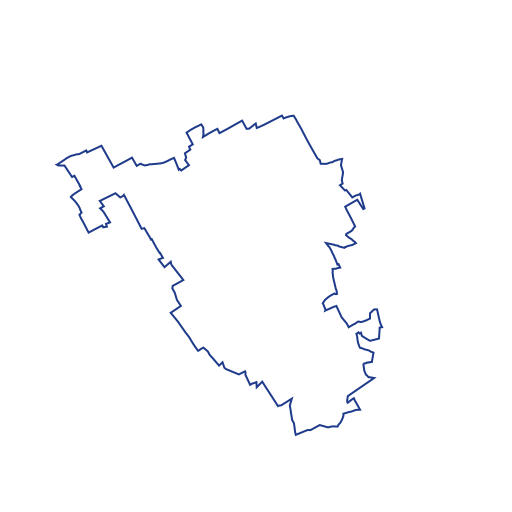 Yaxcabá, Yucatán, Mexico, rotated 146°
{"feature_id": "50627088B72724405563530", "entity_name": "Yaxcabá", "entity_type": "district", "adm_level": 2, "iso_a3": "MEX", "parent_name": "Mexico", "parent_adm1": "Yucatán", "projection": "albers", "projection_center": [-88.743, 20.484], "detail": "fine", "context": "isolated", "style": "outline", "palette": "blue", "viewbox_px": 512, "rotation_deg": 146, "n_neighbors": 0, "source": "geoboundaries", "source_scale": "gbopen_adm2", "svg_char_len": 6062}
<svg xmlns="http://www.w3.org/2000/svg" viewBox="0 0 512 512"><g transform="rotate(146 256 256)"><path d="M134.9,249.4L135.8,249.2L139.4,250.3L140.6,250.5L143.4,250.7L144.2,260.2L145.6,260.6L146.8,267.7L143.7,267.6L142.4,271.0L137.5,276.1L137.3,276.6L136.9,277.0L136.1,279.5L134.8,283.7L132.6,286.1L130.3,288.3L132.7,289.4L134.1,289.9L135.3,290.1L137.5,290.9L140.3,291.1L142.5,292.1L145.6,292.8L147.1,293.7L150.8,296.3L149.5,299.7L150.5,302.7L149.4,317.3L148.8,323.7L147.9,331.7L147.3,336.9L146.7,345.2L146.5,346.6L146.3,351.2L147.4,351.8L148.8,352.5L150.4,353.1L153.8,354.1L156.2,354.6L156.1,356.2L156.0,357.9L176.0,360.3L177.7,360.6L180.3,361.0L183.8,361.7L182.1,366.0L184.5,365.9L186.8,365.7L188.9,365.5L190.4,365.4L192.7,366.7L191.8,376.0L209.0,377.4L217.6,378.3L216.9,383.0L220.0,383.4L226.4,384.0L233.5,384.3L231.1,386.7L230.1,388.7L229.6,389.2L228.6,390.7L227.9,392.3L227.8,395.7L234.6,396.7L239.3,397.1L244.6,397.1L245.3,390.7L246.0,383.9L250.4,384.1L251.0,380.9L257.5,380.9L258.9,376.6L261.1,375.2L260.8,368.8L270.2,368.7L270.5,370.8L271.8,370.7L270.3,377.2L269.1,383.2L275.2,384.2L275.7,384.1L278.1,384.6L280.0,384.9L280.4,385.0L283.3,386.1L284.7,386.9L285.6,387.4L287.6,388.4L288.9,389.2L291.0,390.3L293.0,391.6L294.5,391.9L295.9,392.5L297.6,393.3L298.3,394.3L299.4,395.8L299.7,396.3L300.0,397.0L302.3,397.3L304.5,397.4L303.8,406.9L309.8,407.4L318.9,408.4L324.6,408.9L322.5,433.8L337.9,436.3L338.1,436.3L337.7,438.4L341.7,438.9L345.2,439.3L345.7,439.4L346.3,439.7L347.9,440.6L349.1,441.0L350.8,441.5L352.3,442.1L354.1,442.6L355.6,442.7L357.0,442.9L357.7,442.9L358.1,442.9L358.6,443.0L359.7,442.9L360.3,442.9L366.8,442.9L368.4,442.9L369.6,442.9L370.0,443.0L369.3,441.6L364.2,438.1L364.3,424.3L363.5,424.2L362.5,424.2L361.7,424.1L361.7,423.4L361.8,422.8L361.9,420.9L362.1,419.2L362.2,418.5L362.2,417.3L362.4,415.7L362.4,414.7L362.7,412.3L362.9,412.4L363.2,410.0L363.3,409.0L364.3,409.0L367.0,409.0L368.0,409.1L368.9,409.1L371.5,409.1L374.2,409.0L375.6,408.7L376.5,408.5L376.2,406.7L376.0,405.7L375.7,404.3L375.3,401.3L375.2,399.1L375.2,398.0L375.2,396.5L375.4,394.3L375.7,393.3L376.4,389.5L376.8,389.5L377.1,389.4L379.3,388.9L379.4,388.3L379.8,386.4L380.0,385.0L380.4,380.1L380.9,375.9L381.1,374.0L381.4,371.8L381.4,371.4L381.7,369.0L374.1,368.2L366.4,367.3L366.6,365.2L365.0,364.5L363.2,363.7L362.4,366.5L358.2,365.5L357.7,378.0L357.9,379.4L358.6,382.7L354.4,382.3L354.7,389.0L337.4,386.6L335.8,380.5L332.6,380.1L331.3,380.5L333.1,364.0L335.6,342.5L333.0,341.5L333.6,330.6L333.9,328.4L333.0,328.3L334.0,318.3L334.2,312.3L333.8,312.2L334.2,306.5L338.7,307.6L338.1,297.9L329.9,298.9L330.7,297.1L330.9,296.2L331.0,295.5L330.9,294.5L330.6,290.1L330.4,287.0L329.9,280.5L329.7,276.7L341.8,277.8L343.5,275.9L343.9,270.9L346.1,263.9L346.2,256.6L358.5,256.6L358.1,252.9L357.7,248.4L357.4,244.8L357.4,243.2L357.2,232.2L356.8,226.3L357.0,222.6L357.2,218.0L357.2,213.9L357.0,209.8L355.5,209.6L354.1,209.8L350.8,209.4L349.3,203.9L349.7,199.8L349.0,195.3L347.9,185.8L343.2,186.6L344.7,181.0L344.1,179.0L336.4,167.4L329.5,166.5L329.6,166.0L329.9,165.2L330.5,164.3L331.2,163.5L332.9,152.5L331.1,152.5L330.9,152.5L330.7,152.3L329.9,152.1L328.0,151.6L326.2,151.2L327.0,149.9L327.5,149.0L328.8,146.8L321.1,148.3L321.2,144.9L321.4,134.4L321.7,119.2L320.8,119.2L319.3,118.4L318.6,118.1L306.1,117.7L311.6,113.1L312.7,110.5L314.7,106.4L316.6,102.2L317.7,100.0L318.0,96.3L319.9,92.3L321.8,88.7L322.3,87.4L323.0,85.5L310.6,82.9L308.2,81.2L297.7,80.2L292.1,73.6L288.9,72.5L287.6,71.8L283.8,69.0L282.8,69.4L282.2,69.9L279.1,70.7L275.8,72.5L274.1,73.7L273.5,74.2L273.0,74.5L271.7,76.4L269.6,75.7L267.2,75.0L264.2,73.8L262.0,73.2L260.3,72.8L259.5,72.6L259.2,72.5L255.7,70.4L255.3,75.2L255.3,75.6L255.0,78.5L254.9,80.9L254.5,82.5L254.4,83.4L256.8,83.4L258.5,83.3L261.6,83.1L262.0,83.0L262.1,83.4L261.5,84.9L258.2,88.5L226.3,88.8L229.6,92.0L230.1,92.2L230.4,92.5L230.5,92.6L230.5,93.1L230.7,94.1L230.8,94.9L231.2,96.1L230.9,97.4L230.8,98.2L230.7,98.7L230.7,98.8L230.6,99.2L230.6,99.3L230.2,100.8L229.9,101.3L229.5,101.9L229.3,102.5L228.9,103.3L228.8,103.7L228.2,104.6L228.1,105.0L227.8,105.7L227.5,106.1L227.2,106.8L227.2,106.6L226.8,106.5L225.9,106.2L225.7,106.0L224.7,105.6L224.0,105.5L223.8,105.6L223.5,105.6L222.9,105.1L222.3,105.0L222.1,104.9L222.0,104.7L221.8,104.5L221.0,104.2L220.3,104.1L219.9,103.8L219.5,103.5L219.3,103.3L219.1,103.5L212.6,110.2L214.0,112.0L214.8,113.6L215.2,114.5L215.9,115.4L218.1,117.8L219.3,119.7L220.3,120.9L221.1,121.7L221.0,122.7L220.1,126.4L219.7,127.5L218.0,131.2L217.3,132.3L216.2,135.4L215.1,135.3L213.7,135.4L213.5,133.7L213.0,133.6L211.9,133.7L212.9,130.5L210.3,124.7L208.9,121.9L200.2,118.8L194.6,126.0L193.5,127.5L191.3,126.5L191.0,128.4L190.7,129.9L190.1,132.2L188.7,135.9L185.5,144.0L188.0,145.7L191.4,145.1L191.8,144.9L192.5,145.0L193.4,144.8L196.5,140.4L198.9,140.8L200.3,140.9L202.4,141.5L204.1,141.8L206.3,142.8L207.5,144.2L208.3,144.6L212.1,144.5L213.7,144.8L219.0,145.1L218.5,149.2L219.3,157.3L217.3,169.6L220.1,170.4L229.1,172.0L228.8,172.2L228.0,173.8L228.1,174.0L228.0,174.5L228.0,174.8L227.2,178.1L227.1,179.5L223.4,181.0L218.8,181.5L216.0,181.5L212.0,181.0L211.5,180.2L211.2,179.7L210.8,179.5L210.0,179.3L208.4,182.7L208.3,183.9L205.6,190.9L205.3,192.0L204.9,193.0L204.4,193.9L203.8,195.6L203.3,196.5L202.3,198.3L201.9,199.3L201.5,199.8L201.0,200.2L200.4,201.5L199.7,202.5L198.0,201.5L197.4,201.0L196.3,200.6L194.8,200.3L194.5,200.1L194.2,199.9L192.7,199.3L192.1,203.1L193.3,203.3L191.9,209.5L191.9,210.5L191.5,211.7L191.4,212.0L191.3,213.0L190.9,216.2L190.5,218.6L190.3,220.6L190.2,222.5L190.5,224.0L190.5,224.5L190.7,227.6L184.7,221.4L184.5,220.8L182.8,219.2L182.1,218.6L181.9,217.6L178.1,213.3L177.1,213.6L176.4,213.2L175.0,213.1L173.2,212.5L170.0,211.3L166.0,210.8L166.1,211.9L167.0,214.7L167.4,216.5L167.7,217.3L168.6,219.1L169.7,222.9L169.0,223.7L168.7,223.8L163.5,223.4L162.1,223.6L161.8,223.5L160.3,224.3L157.3,225.1L155.8,236.5L155.2,242.3L155.2,242.7L155.1,243.1L155.1,243.9L154.9,244.3L154.8,244.7L154.5,247.0L140.6,246.0L140.8,234.9L139.4,234.8L134.9,249.4Z" fill="none" stroke="#1e3a8a" stroke-width="2"/></g></svg>